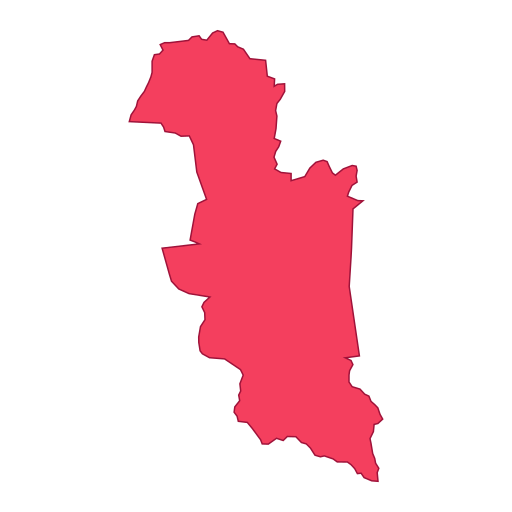 outline of Vale do Sol, Rio Grande do Sul, Brazil
{"feature_id": "56859067B27359925158084", "entity_name": "Vale do Sol", "entity_type": "district", "adm_level": 2, "iso_a3": "BRA", "parent_name": "Brazil", "parent_adm1": "Rio Grande do Sul", "projection": "robinson", "projection_center": [-52.687, -29.586], "detail": "fine", "context": "isolated", "style": "filled", "palette": "rose", "viewbox_px": 512, "rotation_deg": 0, "n_neighbors": 0, "source": "geoboundaries", "source_scale": "gbopen_adm2", "svg_char_len": 2160}
<svg xmlns="http://www.w3.org/2000/svg" viewBox="0 0 512 512"><path d="M378.0,481.3L377.2,472.6L378.8,468.3L375.6,463.2L374.7,458.4L372.7,453.6L371.0,443.4L370.0,438.6L373.4,431.6L374.1,424.4L377.9,423.5L382.7,419.1L380.0,414.3L377.8,407.8L374.7,404.6L371.0,401.4L368.9,396.1L364.7,394.2L360.0,389.1L352.1,386.7L349.0,382.0L349.0,374.9L349.6,370.7L352.9,364.6L351.0,360.5L345.3,357.8L359.4,355.9L349.2,286.5L351.0,257.8L351.5,248.6L353.0,208.9L362.9,200.8L357.8,200.6L347.4,196.2L348.7,192.1L352.0,185.4L357.1,182.1L356.1,176.1L357.1,170.4L356.1,166.2L352.2,165.5L343.3,168.9L335.4,175.2L332.4,172.9L329.1,166.2L327.1,161.6L323.2,160.2L315.9,162.3L309.9,168.0L304.8,176.6L291.1,180.7L291.1,173.5L281.0,172.5L274.6,168.9L277.1,164.2L274.0,157.2L275.7,151.4L278.7,146.8L280.7,141.2L274.2,138.5L276.0,128.7L276.9,116.1L275.6,110.6L276.9,103.5L280.3,99.2L284.7,91.4L284.6,83.8L277.5,84.3L274.2,86.3L274.6,78.9L267.3,76.2L265.6,60.3L249.9,58.7L243.4,49.2L237.7,46.8L234.8,43.9L229.4,43.7L223.0,32.2L217.5,30.7L212.6,33.0L206.8,40.2L201.6,39.3L199.1,35.8L192.0,36.9L188.5,40.4L182.1,41.2L169.5,42.7L164.6,42.7L160.2,44.6L163.0,50.1L159.5,54.0L154.4,54.7L152.1,61.2L152.1,67.4L152.1,72.4L150.9,76.9L148.6,82.6L146.4,87.0L144.4,91.4L140.9,96.0L137.7,100.9L136.4,106.4L134.4,110.1L131.1,114.9L129.3,121.6L161.0,123.1L163.6,127.1L165.0,131.5L175.2,133.0L181.0,136.2L189.3,135.9L193.5,144.8L196.8,172.0L206.6,199.4L197.8,203.6L194.8,214.2L190.1,240.1L194.9,241.9L199.3,243.9L162.1,248.2L169.4,274.2L171.5,281.2L178.8,289.0L184.8,291.7L189.0,293.6L209.9,297.0L204.0,302.4L201.9,306.8L204.7,312.6L205.0,319.7L200.5,326.6L198.7,337.0L198.8,342.5L200.1,350.8L202.4,353.8L209.5,357.7L224.6,358.9L240.5,369.6L243.2,375.1L239.9,383.8L240.7,391.0L238.7,395.1L239.7,400.7L234.8,406.9L234.1,412.2L237.1,416.2L238.3,421.3L247.3,422.4L252.1,428.2L260.6,439.7L262.2,443.9L268.3,444.1L276.5,438.3L283.2,440.5L287.3,436.5L295.9,436.7L301.4,442.5L306.3,443.9L310.4,448.0L315.0,455.2L320.4,456.8L324.3,455.9L333.1,458.9L337.2,461.9L347.4,462.0L351.0,464.6L354.7,468.6L357.4,473.6L361.1,473.2L364.1,477.6L371.7,480.8L378.0,481.3Z" fill="#f43f5e" stroke="#9f1239" stroke-width="1.5"/></svg>